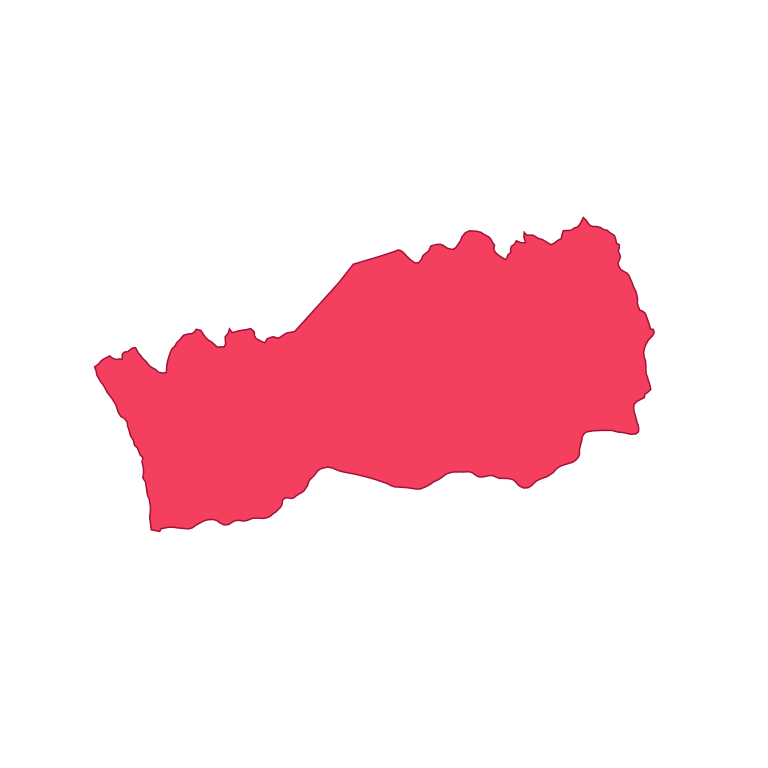 Santo Antônio do Aracanguá, São Paulo, Brazil, rotated 319°
{"feature_id": "56859067B10585150578683", "entity_name": "Santo Antônio do Aracanguá", "entity_type": "district", "adm_level": 2, "iso_a3": "BRA", "parent_name": "Brazil", "parent_adm1": "São Paulo", "projection": "robinson", "projection_center": [-50.558, -20.868], "detail": "fine", "context": "isolated", "style": "filled", "palette": "rose", "viewbox_px": 768, "rotation_deg": 319, "n_neighbors": 0, "source": "geoboundaries", "source_scale": "gbopen_adm2", "svg_char_len": 4563}
<svg xmlns="http://www.w3.org/2000/svg" viewBox="0 0 768 768"><g transform="rotate(319 384 384)"><path d="M571.6,565.1L574.0,563.0L577.5,563.3L581.8,563.1L583.4,560.3L584.8,557.5L586.0,554.4L587.4,551.6L588.5,548.5L590.9,545.1L592.8,543.0L594.7,540.6L596.6,538.0L597.9,534.6L600.7,530.4L605.3,527.1L611.1,524.6L614.4,524.1L617.8,523.9L621.8,522.4L623.0,519.5L621.3,517.3L623.0,513.6L624.7,509.5L626.5,505.1L627.5,502.0L627.0,498.8L625.5,496.2L626.9,492.0L628.4,489.0L630.8,486.6L632.5,483.9L634.7,479.7L636.1,474.5L637.6,470.5L638.9,466.5L640.0,462.9L640.2,459.9L639.0,456.9L637.8,453.0L638.4,449.5L639.8,446.3L643.0,444.9L645.9,443.1L647.1,440.5L647.7,437.6L650.7,435.8L653.0,433.2L651.8,430.4L653.7,427.1L655.3,423.2L653.7,417.6L653.3,414.2L651.4,412.3L650.0,407.8L647.9,404.8L645.0,402.2L643.4,398.9L644.0,393.1L643.6,389.1L638.0,391.5L633.2,392.6L629.9,391.0L626.2,390.8L619.9,385.9L615.9,388.4L613.2,390.5L609.3,389.6L604.7,389.4L601.4,388.4L599.8,383.4L598.2,378.6L596.0,375.4L594.3,369.8L591.6,367.2L589.4,365.2L589.3,361.5L585.9,364.9L583.7,370.2L580.5,367.8L577.8,362.7L574.5,364.1L570.5,363.7L567.8,365.4L566.0,367.8L562.3,367.8L559.9,369.3L557.2,369.8L556.3,366.8L554.8,361.5L554.4,357.7L555.4,354.1L558.6,351.7L558.8,348.1L559.7,344.9L559.6,341.8L558.0,337.7L556.7,333.2L554.4,329.8L551.0,326.3L548.7,324.3L544.3,323.2L539.4,324.1L535.2,326.3L530.7,327.4L527.3,328.2L523.9,327.4L520.9,323.2L519.6,318.2L518.2,315.5L514.9,313.0L510.1,310.6L504.8,312.9L497.8,312.6L493.7,314.6L489.4,315.1L486.6,312.5L485.4,307.2L485.0,301.8L485.0,298.8L484.4,295.0L482.8,292.2L479.7,291.2L464.2,284.7L439.5,273.5L416.3,277.9L351.2,285.8L347.4,283.7L344.1,281.7L340.0,280.9L335.9,280.6L333.5,279.2L331.6,275.8L328.7,274.3L325.3,273.2L321.2,274.8L319.4,271.3L317.3,265.9L317.9,262.6L320.3,259.6L319.8,254.7L316.2,252.9L308.9,248.3L305.9,247.1L303.2,245.6L303.5,241.0L300.0,243.4L295.0,244.2L290.6,250.0L287.9,251.1L282.4,246.8L281.5,239.2L280.3,235.8L279.9,232.8L280.3,227.3L281.0,223.6L278.2,219.5L274.9,220.4L271.8,219.8L268.8,217.6L264.7,215.7L262.0,216.1L258.3,216.8L254.7,216.8L251.3,218.1L246.8,218.5L243.4,220.0L239.5,222.3L236.2,224.4L233.1,226.7L230.5,229.3L227.3,232.5L224.3,230.8L221.4,227.0L221.2,223.3L219.5,219.0L218.9,215.6L219.2,211.0L218.7,206.1L219.0,202.6L218.9,199.6L220.3,193.6L217.7,191.8L211.9,191.4L209.0,189.6L206.0,189.8L202.6,193.6L200.7,191.4L197.9,189.9L196.1,186.5L195.4,182.8L191.8,182.0L188.8,181.2L185.6,181.0L181.7,181.7L176.8,181.2L175.3,185.2L173.0,189.3L172.3,193.0L171.7,196.3L171.5,199.9L170.8,203.9L169.6,208.6L169.4,213.4L169.0,217.6L168.0,223.6L166.9,226.4L164.8,231.2L164.1,236.0L165.5,239.7L165.1,244.5L163.0,247.3L161.6,250.9L158.7,256.8L157.9,262.1L155.5,266.6L155.9,270.5L154.8,273.9L153.3,277.7L153.8,281.4L150.1,284.2L147.0,290.0L143.7,293.8L140.4,296.6L139.7,301.5L137.8,304.5L136.1,307.2L133.9,310.4L132.2,313.5L131.3,317.0L129.7,319.3L127.9,322.4L125.5,325.4L123.0,327.8L119.5,331.1L112.7,341.4L118.0,348.1L120.7,347.0L127.5,350.8L131.4,354.3L133.4,356.7L137.8,361.4L141.7,365.3L144.9,366.8L150.1,367.3L158.2,369.1L162.0,370.9L165.9,373.9L168.1,377.0L169.0,380.9L170.8,385.5L174.7,388.2L180.1,388.9L182.7,389.9L185.2,391.9L187.8,395.0L190.7,397.0L196.8,399.2L200.1,401.8L205.1,406.6L209.2,408.7L212.3,409.2L215.0,409.1L218.2,409.6L224.6,409.2L227.1,408.5L231.3,405.2L233.9,404.9L236.6,406.6L239.1,409.8L241.8,410.8L244.5,410.8L248.0,411.3L250.9,412.0L253.7,412.1L259.6,410.5L263.6,408.1L266.4,407.5L271.2,407.3L277.0,406.1L279.6,406.2L283.6,407.8L286.7,409.6L289.4,412.6L292.8,419.3L294.3,421.8L296.0,424.2L303.3,433.4L310.5,443.7L314.8,450.3L320.7,460.4L322.7,465.5L324.4,468.4L333.6,477.6L337.0,481.6L339.6,484.6L342.6,487.1L348.3,489.0L353.2,490.1L356.8,490.3L359.6,491.1L362.4,491.9L365.8,492.4L371.4,492.7L374.7,493.9L378.5,495.8L384.1,500.6L386.2,502.5L388.4,504.2L390.5,505.8L392.5,508.9L393.6,514.1L395.1,516.9L398.4,519.5L402.9,521.9L405.7,524.1L407.5,527.7L409.2,531.0L412.1,533.5L416.2,537.4L418.4,540.4L419.1,543.3L419.0,547.4L419.5,550.6L421.4,554.4L424.8,556.8L428.2,557.5L434.7,557.1L438.8,558.0L441.6,559.0L446.6,561.0L450.4,561.4L453.6,561.8L458.2,561.2L462.4,561.5L466.1,562.8L474.5,566.6L478.4,567.3L482.6,566.8L485.2,565.5L488.0,562.2L492.0,559.1L495.3,557.0L499.2,553.8L502.4,552.8L505.4,553.1L508.4,554.8L511.9,557.1L516.0,560.4L518.7,562.5L525.4,568.4L528.9,573.6L533.1,578.1L537.3,583.9L541.5,587.0L544.7,587.0L547.0,584.8L548.7,582.0L550.0,578.6L552.7,573.3L554.8,568.6L557.3,565.2L559.7,563.3L563.7,563.1L567.9,564.1L571.6,565.1Z" fill="#f43f5e" stroke="#9f1239" stroke-width="1.5"/></g></svg>